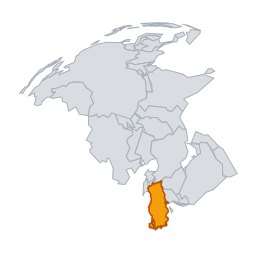 Turkey highlighted on a map of Asia, rotated 266°
{"feature_id": "TUR", "entity_name": "Turkey", "entity_type": "country or territory", "adm_level": 0, "iso_a3": "TUR", "parent_name": "Asia", "parent_adm1": "", "projection": "orthographic", "projection_center": [34.29, 38.962], "detail": "fine", "context": "in_parent", "style": "filled", "palette": "amber", "viewbox_px": 256, "rotation_deg": 266, "n_neighbors": 45, "source": "natural_earth", "source_scale": "50m", "svg_char_len": 16607}
<svg xmlns="http://www.w3.org/2000/svg" viewBox="0 0 256 256"><g transform="rotate(266 128 128)"><path d="M142.7,89.6L142.1,93.3L144.0,97.7L140.6,99.0L142.7,104.6L139.8,108.9L144.1,112.8L144.4,115.8L132.5,119.2L132.3,122.2L127.7,123.7L125.3,132.1L120.8,132.2L117.4,127.1L114.2,125.8L108.5,128.6L99.2,124.4L94.3,127.7L97.4,139.2L92.4,137.0L89.2,139.5L88.5,136.3L82.4,131.5L87.9,128.3L86.7,123.3L78.6,126.3L71.9,120.9L73.0,114.1L75.4,115.6L78.5,109.2L88.9,110.4L99.2,106.9L99.1,105.3L95.4,104.2L97.3,100.2L95.3,98.6L95.7,97.3L106.0,88.8L109.0,88.1L111.1,90.8L114.8,89.4L115.6,90.9L118.8,85.5L129.7,92.5L134.0,88.8L142.7,89.6Z" fill="#d9dde1" stroke="#a8b0b8" stroke-width="1"/><path d="M97.4,139.2L94.3,127.7L99.2,124.4L108.5,128.6L114.2,125.8L117.4,127.1L120.8,132.2L124.5,132.4L127.9,125.2L127.8,127.9L133.7,127.4L132.2,130.8L129.8,131.6L129.0,129.4L126.6,131.3L126.4,135.5L124.6,136.1L127.7,139.8L127.6,143.4L102.1,133.1L99.9,138.5L97.4,139.2Z" fill="#d9dde1" stroke="#a8b0b8" stroke-width="1"/><path d="M229.6,155.6L229.6,159.0L230.5,161.5L230.1,164.1L229.0,179.5L225.5,188.6L224.7,182.8L225.2,177.3L225.9,178.8L228.1,171.1L228.6,168.9L228.8,159.2L229.6,155.6ZM230.6,168.5L230.8,166.3L230.6,168.4L230.2,172.9L229.8,176.1L230.2,171.2L230.7,161.7L230.9,156.6L231.2,147.5L231.3,153.6L230.8,160.7L230.8,162.9L230.9,163.3L231.2,156.5L231.0,163.4L230.9,164.9L230.6,168.5ZM227.5,190.3L227.4,190.7L227.8,188.7L227.5,190.3ZM221.0,204.1L226.1,193.8L227.2,191.2L226.5,194.4L220.0,207.7L221.0,204.1ZM219.1,196.2L221.8,197.0L220.8,204.4L219.6,206.6L217.7,206.6L207.3,195.4L210.7,192.1L215.6,194.4L218.0,192.7L219.6,193.4L219.1,196.2Z" fill="#d9dde1" stroke="#a8b0b8" stroke-width="1"/><path d="M50.1,171.3L47.9,175.9L47.8,183.4L45.9,177.9L48.2,172.0L50.1,171.3Z" fill="#d9dde1" stroke="#a8b0b8" stroke-width="1"/><path d="M52.2,168.3L48.2,171.9L51.7,167.0L52.2,168.3Z" fill="#d9dde1" stroke="#a8b0b8" stroke-width="1"/><path d="M49.4,174.1L47.7,177.5L48.4,173.7L49.4,174.1Z" fill="#d9dde1" stroke="#a8b0b8" stroke-width="1"/><path d="M49.4,174.1L58.1,170.7L59.4,174.6L53.4,176.9L56.3,180.0L51.0,184.4L47.8,183.4L49.4,174.1Z" fill="#d9dde1" stroke="#a8b0b8" stroke-width="1"/><path d="M96.2,195.3L103.0,194.2L108.4,187.8L106.5,198.5L97.9,198.8L96.2,195.3Z" fill="#d9dde1" stroke="#a8b0b8" stroke-width="1"/><path d="M93.8,194.1L93.4,191.9L94.6,189.6L95.9,192.2L93.8,194.1Z" fill="#d9dde1" stroke="#a8b0b8" stroke-width="1"/><path d="M82.1,179.1L85.7,183.4L80.4,182.4L82.1,179.1Z" fill="#d9dde1" stroke="#a8b0b8" stroke-width="1"/><path d="M59.4,174.6L58.1,170.7L63.8,167.0L64.2,160.7L67.7,157.1L72.8,157.2L76.7,161.6L75.6,167.3L81.3,171.4L85.6,179.0L75.2,182.8L59.4,174.6Z" fill="#d9dde1" stroke="#a8b0b8" stroke-width="1"/><path d="M107.0,197.8L109.2,190.2L119.8,195.6L115.4,203.4L115.6,207.3L103.2,217.4L99.3,211.0L107.5,206.1L108.6,199.6L107.0,197.8ZM108.7,185.8L107.7,186.9L108.3,185.6L108.7,185.8Z" fill="#d9dde1" stroke="#a8b0b8" stroke-width="1"/><path d="M214.3,164.7L213.3,158.6L216.8,153.8L216.7,151.2L218.6,151.8L219.3,155.1L218.2,160.3L219.0,161.0L216.2,167.0L214.3,164.7Z" fill="#d9dde1" stroke="#a8b0b8" stroke-width="1"/><path d="M215.7,154.3L213.3,158.6L214.3,164.7L210.4,166.0L211.6,178.6L216.6,181.0L215.5,184.2L210.6,182.8L210.7,170.9L206.6,164.9L206.8,160.8L202.7,157.4L202.7,152.5L204.4,147.4L206.8,147.9L208.4,153.4L210.1,147.5L212.6,147.1L215.1,150.3L215.7,154.3Z" fill="#d9dde1" stroke="#a8b0b8" stroke-width="1"/><path d="M217.8,150.5L215.7,154.3L215.1,150.3L211.0,146.3L208.4,153.4L206.8,147.9L204.4,147.4L205.6,142.5L204.2,139.7L207.6,141.1L208.9,138.9L210.3,140.5L209.9,143.8L216.4,146.2L217.8,150.5Z" fill="#d9dde1" stroke="#a8b0b8" stroke-width="1"/><path d="M204.4,147.4L202.7,152.5L202.7,157.4L206.8,160.8L206.6,164.9L210.7,170.9L210.4,178.0L208.5,169.6L203.7,161.8L202.1,168.2L200.0,169.3L198.5,163.2L192.2,157.7L190.7,139.3L192.8,134.7L191.4,131.3L194.2,131.1L197.3,142.4L198.5,140.2L200.9,141.7L201.5,144.4L204.1,141.9L204.4,147.4Z" fill="#d9dde1" stroke="#a8b0b8" stroke-width="1"/><path d="M217.2,165.9L219.0,161.0L218.2,160.3L219.3,155.1L217.2,147.6L209.9,143.8L210.3,140.5L208.9,138.9L207.6,141.1L204.6,138.5L206.9,130.6L211.4,130.4L211.9,141.1L218.3,144.9L221.2,153.5L219.1,169.2L217.2,165.9Z" fill="#d9dde1" stroke="#a8b0b8" stroke-width="1"/><path d="M182.0,46.3L185.4,50.4L188.2,55.8L190.9,57.3L191.8,63.4L189.2,59.8L188.1,60.5L186.7,58.0L183.9,53.0L184.5,51.6L183.4,50.9L180.9,46.3L182.0,46.3Z" fill="#d9dde1" stroke="#a8b0b8" stroke-width="1"/><path d="M192.4,61.7L190.4,56.6L193.8,58.3L197.1,62.2L198.8,67.9L194.4,63.8L194.0,62.3L192.4,61.7Z" fill="#d9dde1" stroke="#a8b0b8" stroke-width="1"/><path d="M143.1,89.0L145.2,80.4L152.7,77.3L148.9,70.1L157.2,68.8L159.0,64.4L162.3,64.5L163.8,62.0L162.7,55.0L164.3,52.7L169.2,58.0L169.1,54.2L171.8,53.8L175.1,67.0L173.7,68.6L174.9,70.7L176.7,71.5L177.8,75.4L176.7,86.2L171.0,89.4L166.2,95.3L162.1,92.9L154.9,95.6L151.8,91.5L143.1,89.0Z" fill="#d9dde1" stroke="#a8b0b8" stroke-width="1"/><path d="M191.4,131.3L192.8,134.7L190.7,139.3L192.2,155.5L189.7,152.0L189.7,154.5L188.3,153.9L188.6,148.0L184.3,151.0L180.7,149.7L180.8,152.1L182.7,152.5L182.0,155.9L183.4,155.7L186.3,162.4L183.1,165.9L183.4,170.4L177.8,186.8L174.2,191.3L176.1,207.3L171.7,217.1L158.7,200.0L153.0,185.6L148.2,189.5L140.6,183.7L147.0,178.6L141.3,172.6L142.9,168.3L145.6,167.2L148.7,150.4L143.2,146.0L149.1,141.6L149.9,138.1L153.5,140.2L156.6,148.6L162.8,149.5L162.4,154.8L170.2,154.6L179.8,150.6L179.0,144.9L180.3,147.5L182.3,147.2L185.8,143.4L184.1,141.4L188.2,130.0L189.8,132.6L191.4,131.3Z" fill="#d9dde1" stroke="#a8b0b8" stroke-width="1"/><path d="M189.7,152.0L193.1,159.8L189.5,155.5L187.9,156.9L188.5,159.9L186.2,161.2L182.0,155.9L182.7,152.5L180.8,152.1L180.7,149.7L184.3,151.0L188.6,148.0L188.3,153.9L189.7,154.5L189.7,152.0Z" fill="#d9dde1" stroke="#a8b0b8" stroke-width="1"/><path d="M184.1,141.4L185.8,143.4L180.3,147.5L180.8,142.5L184.1,141.4Z" fill="#d9dde1" stroke="#a8b0b8" stroke-width="1"/><path d="M178.2,146.4L179.8,150.6L178.4,151.8L162.4,154.8L163.3,148.2L173.8,148.8L178.2,146.4Z" fill="#d9dde1" stroke="#a8b0b8" stroke-width="1"/><path d="M149.9,138.1L149.1,141.6L143.2,146.0L148.7,150.4L145.6,167.2L142.9,168.3L141.3,172.6L147.0,178.6L140.6,183.7L134.9,180.3L122.7,185.8L122.9,181.9L126.3,179.1L117.9,171.7L122.5,171.9L131.2,166.8L131.4,161.9L136.3,157.8L136.8,141.5L142.6,136.2L146.2,138.7L149.9,138.1Z" fill="#d9dde1" stroke="#a8b0b8" stroke-width="1"/><path d="M120.9,146.1L130.5,142.1L132.3,136.6L136.5,140.8L138.4,137.1L142.6,136.2L136.0,143.4L137.8,145.8L137.6,150.0L135.5,150.9L137.0,152.5L136.3,157.8L131.4,161.9L131.2,166.8L122.5,171.9L117.9,171.7L119.5,168.2L114.7,162.2L114.1,153.4L118.5,152.8L120.9,146.1Z" fill="#d9dde1" stroke="#a8b0b8" stroke-width="1"/><path d="M127.6,143.4L127.7,139.8L124.6,136.1L129.0,129.4L130.5,131.2L128.3,134.7L136.8,131.0L141.9,135.6L136.5,140.8L132.3,136.6L130.5,142.1L127.6,143.4Z" fill="#d9dde1" stroke="#a8b0b8" stroke-width="1"/><path d="M127.9,125.2L132.3,122.2L132.5,119.2L144.4,115.8L136.8,131.0L128.3,134.7L127.8,132.9L133.7,127.4L127.8,127.9L127.9,125.2Z" fill="#d9dde1" stroke="#a8b0b8" stroke-width="1"/><path d="M89.2,139.5L92.4,137.0L96.3,139.6L99.9,138.5L102.1,133.1L123.9,142.0L124.5,143.9L122.5,143.6L116.9,153.8L114.1,153.4L113.2,150.9L103.1,148.7L95.6,153.3L94.3,147.8L90.8,144.9L90.7,142.2L94.9,141.0L91.7,137.8L90.3,141.4L89.2,139.5Z" fill="#d9dde1" stroke="#a8b0b8" stroke-width="1"/><path d="M85.6,179.0L81.3,171.4L75.6,167.3L76.7,161.6L71.2,154.8L70.4,150.2L75.7,151.8L80.0,148.4L83.8,154.3L88.2,155.9L95.5,154.1L101.4,148.8L113.2,150.9L114.7,162.2L119.5,168.2L117.9,171.7L126.3,179.1L122.9,181.9L122.7,185.8L111.5,186.9L109.7,183.5L100.4,186.2L94.5,184.0L89.7,177.6L85.6,179.0Z" fill="#d9dde1" stroke="#a8b0b8" stroke-width="1"/><path d="M49.9,173.1L52.2,168.3L50.2,164.4L52.3,159.8L66.7,157.7L64.2,160.7L63.8,167.0L52.9,174.3L49.9,173.1Z" fill="#d9dde1" stroke="#a8b0b8" stroke-width="1"/><path d="M76.5,151.5L69.0,147.6L68.5,144.9L73.4,145.3L76.5,151.5Z" fill="#d9dde1" stroke="#a8b0b8" stroke-width="1"/><path d="M181.4,212.2L181.4,215.2L178.7,218.4L176.6,213.4L177.0,208.4L181.4,212.2Z" fill="#d9dde1" stroke="#a8b0b8" stroke-width="1"/><path d="M216.2,136.3L214.3,134.9L215.2,129.1L216.3,133.4L216.2,136.3ZM136.8,131.0L144.1,112.8L139.8,108.9L142.7,104.6L140.6,99.0L144.0,97.7L142.1,93.3L143.1,89.0L151.8,91.5L154.9,95.6L162.1,92.9L166.2,95.3L171.0,89.4L176.7,86.2L177.9,77.9L176.7,71.5L174.9,70.7L173.7,68.6L175.1,67.0L172.2,57.7L172.7,54.6L169.1,54.2L168.2,57.6L164.3,52.7L164.3,48.9L159.9,43.9L157.8,43.3L156.3,39.7L158.0,36.2L165.5,38.6L166.0,36.8L169.6,37.1L166.7,30.7L175.1,38.3L176.2,41.5L182.0,46.3L180.9,46.3L183.4,50.9L184.5,51.6L183.9,53.0L188.1,60.5L190.0,67.6L186.9,62.8L185.8,62.6L189.5,73.5L193.2,73.4L192.0,70.1L193.0,68.5L194.0,69.3L197.3,79.1L203.5,81.4L205.1,84.8L206.6,85.2L209.1,89.5L213.7,103.5L215.0,112.9L213.7,125.7L214.7,129.0L214.3,130.2L213.1,127.4L210.3,131.5L208.8,129.6L206.9,130.6L204.2,139.7L205.6,142.5L201.5,144.4L200.9,141.7L198.5,140.2L197.3,142.4L194.2,131.1L192.1,130.2L189.8,132.6L188.2,130.0L185.2,139.8L180.8,142.5L180.1,147.0L179.0,144.9L173.8,148.8L156.6,148.6L153.5,140.2L146.2,138.7L136.8,131.0Z" fill="#d9dde1" stroke="#a8b0b8" stroke-width="1"/><path d="M213.3,96.5L216.6,103.0L217.5,105.7L215.4,103.2L213.3,96.5Z" fill="#d9dde1" stroke="#a8b0b8" stroke-width="1"/><path d="M74.9,141.7L78.6,143.5L80.1,141.1L85.2,145.3L83.3,145.9L82.6,152.1L80.0,148.4L76.5,151.5L73.9,148.2L71.8,144.1L75.5,144.2L74.9,141.7ZM75.7,151.8L73.9,151.5L72.0,149.0L74.4,149.5L75.7,151.8Z" fill="#d9dde1" stroke="#a8b0b8" stroke-width="1"/><path d="M59.3,138.1L72.5,139.9L75.8,143.8L63.5,144.0L63.0,140.4L59.3,138.1Z" fill="#d9dde1" stroke="#a8b0b8" stroke-width="1"/><path d="M226.8,128.5L225.8,127.3L226.3,125.9L226.8,128.5ZM228.9,133.0L227.9,128.5L228.3,129.2L227.7,125.3L228.9,133.0ZM228.6,126.3L229.7,130.4L230.1,133.4L229.7,131.6L229.9,133.8L230.4,136.7L230.2,137.7L229.5,134.7L229.7,139.7L229.1,132.8L229.0,128.1L228.6,126.3ZM227.6,135.8L227.9,146.3L227.0,134.1L227.6,135.8ZM221.9,111.7L225.3,122.4L225.9,119.3L226.9,122.1L226.1,121.9L225.5,125.7L225.1,123.3L224.1,123.3L221.4,114.1L221.9,111.7ZM228.1,131.4L227.1,128.1L227.5,126.4L228.1,131.4ZM227.1,120.2L227.8,122.4L227.7,123.3L228.4,126.6L226.8,121.7L227.1,120.2Z" fill="#d9dde1" stroke="#a8b0b8" stroke-width="1"/><path d="M213.9,184.2L217.8,181.3L220.0,189.7L216.5,191.3L213.9,184.2ZM229.6,155.6L228.8,159.2L228.6,168.9L225.9,178.8L225.4,178.7L225.2,177.3L226.3,174.8L226.4,172.2L227.4,168.0L227.8,161.9L228.5,160.2L228.3,150.8L229.7,149.7L229.6,155.6Z" fill="#d9dde1" stroke="#a8b0b8" stroke-width="1"/><path d="M228.2,157.1L228.5,160.2L228.2,162.4L227.8,161.9L228.2,157.1Z" fill="#d9dde1" stroke="#a8b0b8" stroke-width="1"/><path d="M182.9,34.6L191.7,43.8L194.6,49.7L197.5,54.1L195.8,53.2L198.8,61.4L199.7,61.1L202.9,65.6L203.3,67.6L201.7,65.4L200.2,65.2L195.4,55.7L193.8,50.5L189.9,45.7L190.4,45.5L186.5,39.9L180.0,33.9L178.9,32.1L182.9,34.6ZM171.1,23.8L169.6,22.3L171.7,23.5L176.3,28.5L176.0,29.8L178.7,32.2L179.5,33.8L177.5,32.5L174.7,29.1L169.6,25.3L171.1,23.8ZM199.0,59.9L196.8,55.6L197.4,55.2L200.1,60.3L199.0,59.9Z" fill="#d9dde1" stroke="#a8b0b8" stroke-width="1"/><path d="M99.3,211.0L103.2,217.4L100.8,221.0L74.9,233.7L71.8,226.4L73.9,219.1L85.0,219.7L90.9,213.7L99.3,211.0Z" fill="#d9dde1" stroke="#a8b0b8" stroke-width="1"/><path d="M47.8,183.9L55.0,181.7L56.3,180.0L53.4,176.9L59.4,174.6L75.2,182.8L82.9,182.3L91.2,188.4L97.9,198.8L107.0,197.8L108.6,199.6L107.5,206.1L90.9,213.7L85.0,219.7L73.9,219.1L72.2,223.0L60.6,208.8L58.4,201.5L46.9,188.0L47.8,183.9Z" fill="#d9dde1" stroke="#a8b0b8" stroke-width="1"/><path d="M46.7,163.6L42.5,167.1L40.6,165.4L46.7,163.6Z" fill="#d9dde1" stroke="#a8b0b8" stroke-width="1"/><path d="M63.4,144.0L63.9,144.1L64.1,144.2L64.4,144.0L65.1,144.0L65.7,144.1L65.8,144.0L65.9,143.7L66.0,143.6L66.4,143.6L66.5,143.6L66.6,143.8L66.8,143.9L67.2,144.2L67.4,144.4L67.5,144.4L67.4,144.5L67.6,144.7L67.8,144.7L68.0,144.7L68.1,144.8L68.2,145.1L68.4,145.2L68.6,145.3L68.9,145.9L69.0,146.1L69.0,146.3L68.9,146.6L68.7,146.9L68.8,147.2L68.8,147.3L69.0,147.7L69.1,147.9L69.1,148.0L69.4,148.2L69.8,148.3L70.3,148.2L70.6,148.1L70.9,148.2L71.3,148.6L71.8,149.0L72.0,149.2L71.4,148.9L71.3,149.1L71.1,149.3L71.1,150.1L70.9,150.2L70.4,150.2L70.2,150.3L70.3,150.5L70.4,150.8L70.5,150.9L70.6,151.0L70.7,151.3L70.6,151.5L70.9,151.9L71.0,152.0L71.0,152.4L71.1,152.6L71.2,152.9L71.2,153.3L71.3,153.5L71.6,153.5L71.5,153.8L71.4,154.2L71.4,154.3L71.3,154.6L71.2,154.8L71.2,155.0L71.5,155.1L72.1,155.4L72.2,155.5L72.1,155.8L72.2,156.0L72.2,156.4L72.6,156.6L72.8,156.8L72.8,157.1L72.8,157.3L72.7,157.2L72.4,157.3L71.9,157.7L71.7,158.0L71.5,157.9L71.4,157.8L71.4,157.3L71.3,157.1L71.2,157.0L70.9,157.0L70.7,157.1L70.4,157.3L70.0,157.3L69.6,157.3L69.1,157.2L68.5,157.0L68.1,157.2L67.9,157.2L67.7,157.1L67.4,157.5L67.0,158.0L66.7,158.1L66.6,157.7L66.4,157.5L66.2,157.5L65.9,157.8L65.5,158.0L64.6,158.3L63.9,158.4L63.1,158.3L62.8,158.4L62.5,158.4L61.8,158.8L60.8,159.4L59.9,159.8L59.1,160.0L58.5,160.0L57.9,160.0L57.6,160.0L57.4,160.0L57.1,159.7L56.7,159.5L56.3,159.4L56.1,159.4L55.3,159.8L54.9,160.0L54.1,160.3L53.5,160.3L53.2,160.3L53.0,160.2L52.8,160.0L52.4,159.9L52.1,159.9L52.0,160.0L51.8,161.0L52.1,161.6L51.7,161.8L51.4,161.9L51.4,162.5L51.1,162.6L50.9,163.0L50.4,162.8L50.2,162.8L50.3,162.5L49.9,161.5L50.1,161.2L50.5,160.8L50.9,160.4L50.9,159.9L50.7,159.8L50.5,159.6L50.1,159.8L49.9,160.0L49.7,160.1L49.4,160.4L49.2,160.6L48.8,160.7L48.3,160.5L47.7,160.2L47.3,160.0L47.0,159.9L46.8,160.0L46.0,160.6L45.3,161.5L45.1,161.6L44.4,162.0L44.0,162.1L43.8,162.0L42.9,162.2L42.4,162.2L42.1,162.4L41.4,162.2L41.0,161.9L40.7,161.6L40.4,161.0L40.1,160.7L39.5,160.5L38.4,159.8L38.1,159.8L37.3,159.7L36.5,159.6L36.4,159.8L36.3,160.7L36.1,160.9L36.1,161.3L36.0,161.5L35.8,161.5L35.6,161.4L35.4,161.3L35.0,161.5L34.2,161.7L33.1,161.4L32.8,161.1L32.6,160.9L32.5,160.5L32.4,160.3L32.4,159.9L32.2,159.8L32.0,160.0L31.8,159.9L31.5,159.8L31.0,159.5L30.5,159.4L30.2,159.8L29.7,159.9L29.9,159.6L29.2,159.6L28.8,159.7L28.5,159.7L28.3,159.6L28.6,159.5L28.8,159.4L29.5,159.4L30.0,159.0L30.3,158.8L30.4,158.7L28.9,158.7L28.1,158.6L27.9,158.7L27.9,158.4L28.0,158.2L28.6,158.1L28.6,157.9L28.3,157.7L28.2,157.5L27.8,157.4L27.8,157.0L27.7,156.7L27.6,156.4L27.9,156.3L28.1,155.8L28.0,155.5L27.8,155.4L27.3,155.1L27.1,155.1L27.0,154.9L26.7,154.6L26.4,154.8L26.3,154.7L26.1,154.5L25.8,154.4L25.7,154.3L25.9,154.0L26.1,154.0L26.1,153.8L26.0,153.4L26.0,153.2L26.4,153.2L26.5,153.5L26.5,153.9L26.6,154.1L26.8,154.0L26.9,153.9L27.0,154.0L27.8,154.0L27.9,153.9L27.5,153.9L27.3,153.8L27.2,153.5L27.1,153.3L27.0,153.0L27.1,152.9L27.4,152.8L27.7,152.5L27.6,152.4L27.3,152.3L27.2,152.2L27.3,151.9L27.4,151.7L27.0,151.1L27.3,150.7L27.6,150.4L27.4,150.3L26.6,150.3L26.2,150.4L25.6,150.4L25.6,150.1L25.8,149.8L25.8,149.1L25.9,148.8L26.3,148.7L26.7,148.2L27.4,147.6L28.1,147.6L28.4,147.5L28.8,147.5L28.9,147.8L29.2,148.0L29.8,148.0L30.1,147.8L29.9,147.5L30.0,147.4L30.5,147.5L30.4,147.7L30.3,147.8L31.2,147.8L32.0,148.0L32.3,147.9L33.0,148.0L33.1,147.9L32.9,147.7L32.7,147.7L32.9,147.2L33.1,147.2L34.3,147.0L35.1,147.0L35.1,146.9L33.9,146.7L33.7,146.5L33.3,146.2L33.2,146.0L33.3,145.5L33.5,145.3L33.9,145.3L35.3,145.6L36.4,145.5L37.5,146.0L38.6,145.9L38.8,145.8L39.1,145.2L40.6,144.4L41.2,144.0L41.8,143.7L42.7,143.5L43.6,143.1L43.8,143.1L45.7,143.3L47.1,143.3L47.7,142.9L48.0,143.1L48.0,143.3L48.0,143.5L48.2,143.8L48.4,144.0L49.0,144.3L49.9,144.0L50.2,144.1L50.6,145.0L50.8,145.2L51.1,145.4L51.4,145.5L51.5,145.3L51.7,145.2L52.0,145.1L52.5,145.4L52.7,145.7L53.6,145.9L54.4,146.0L54.8,146.2L56.0,146.4L56.4,146.3L57.1,146.1L58.5,145.7L59.4,146.0L59.7,146.1L59.9,146.0L60.2,146.1L60.5,146.0L61.5,145.5L61.8,145.2L62.2,145.1L62.4,144.9L63.2,144.3L63.4,144.0ZM30.9,142.7L30.8,143.1L30.9,143.5L31.3,144.1L31.6,144.4L33.0,145.2L33.3,145.3L33.2,145.6L33.1,145.8L33.0,146.0L32.5,146.1L31.4,145.7L31.1,145.6L30.9,145.7L30.5,145.9L30.0,145.8L29.4,145.9L29.2,146.3L28.8,146.7L28.0,147.1L27.5,147.2L26.7,147.9L26.3,148.4L26.0,148.5L26.1,148.3L26.2,148.1L26.2,147.9L26.2,147.7L26.5,147.5L26.7,147.4L27.4,147.1L27.6,146.8L27.1,146.8L26.6,146.8L26.2,146.7L25.9,146.7L25.8,146.4L26.0,146.3L26.2,146.1L26.6,145.7L26.7,145.4L26.6,145.2L26.7,144.8L27.2,144.5L27.4,144.5L27.4,144.3L27.4,143.9L27.4,143.7L27.2,143.5L27.0,143.3L26.8,143.2L27.3,142.9L27.5,142.5L28.0,142.5L28.4,142.4L28.5,142.3L29.0,142.2L29.2,142.3L29.6,142.7L29.8,142.8L30.1,142.7L30.4,142.7L30.5,142.7L30.9,142.7ZM25.5,148.2L24.9,148.3L24.7,148.2L24.9,148.0L25.3,147.9L25.5,148.1L25.5,148.2Z" fill="#f59e0b" stroke="#b45309" stroke-width="1.5"/></g></svg>